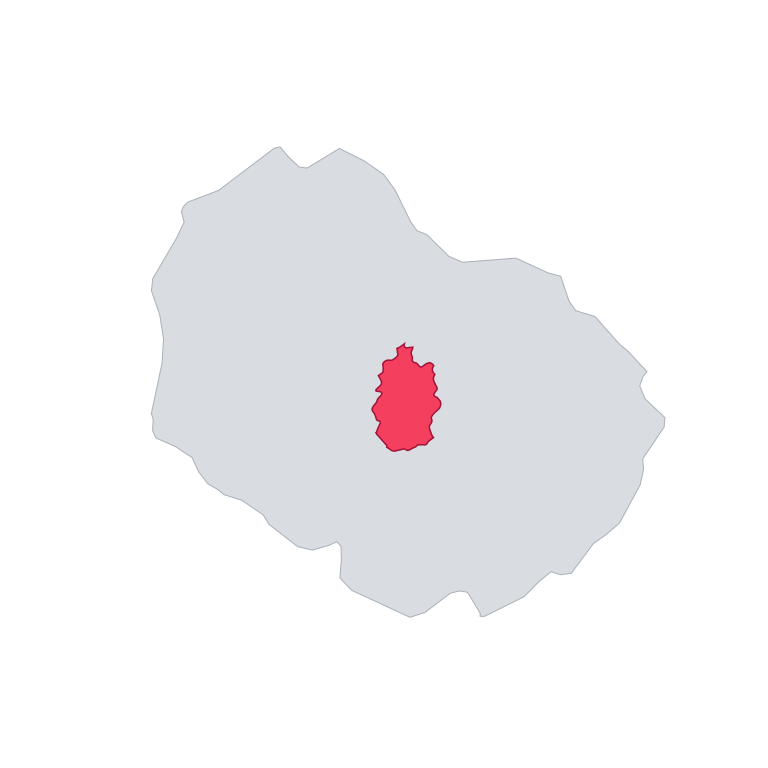 where Čaška sits in North Macedonia, rotated 230°
{"feature_id": "MKD-2922", "entity_name": "Čaška", "entity_type": "Statistical Region", "adm_level": 1, "iso_a3": "MKD", "parent_name": "North Macedonia", "parent_adm1": "", "projection": "orthographic", "projection_center": [21.614, 41.585], "detail": "fine", "context": "in_parent", "style": "filled", "palette": "rose", "viewbox_px": 768, "rotation_deg": 230, "n_neighbors": 0, "source": "natural_earth", "source_scale": "10m", "svg_char_len": 3029}
<svg xmlns="http://www.w3.org/2000/svg" viewBox="0 0 768 768"><g transform="rotate(230 384 384)"><path d="M350.3,205.8L361.8,207.3L386.7,200.1L402.1,190.3L410.0,188.8L420.5,185.0L435.6,185.5L450.9,189.7L470.3,183.9L489.3,174.6L497.0,176.8L505.4,184.6L510.8,186.7L542.9,227.7L560.5,244.3L581.2,256.7L604.8,265.7L613.3,274.5L628.9,318.3L636.4,334.9L646.4,339.7L648.9,344.4L649.4,350.8L638.6,381.9L635.2,451.3L632.4,456.8L620.6,456.7L604.9,458.4L598.9,463.8L593.1,501.2L567.9,512.1L544.9,518.4L525.5,517.2L491.3,508.7L480.2,507.8L470.7,512.9L440.3,515.7L426.9,522.3L395.6,566.0L363.8,581.0L352.9,588.6L328.5,579.0L316.9,578.0L300.0,589.0L262.9,590.0L252.9,591.9L224.4,593.4L223.3,587.4L218.1,578.6L204.8,574.4L177.6,577.6L171.1,571.1L160.3,534.0L151.7,528.0L142.1,515.4L126.1,475.0L125.9,457.4L127.2,442.0L118.6,405.8L124.3,396.8L132.8,391.2L133.1,376.6L131.0,354.6L141.5,311.4L144.2,308.3L146.8,310.4L170.8,314.1L177.1,308.7L181.1,300.2L182.7,268.5L188.6,253.9L246.8,226.6L263.9,225.6L276.9,238.5L287.2,246.7L293.5,246.5L295.7,238.3L302.8,222.4L314.7,213.4L350.0,205.7L350.3,205.8Z" fill="#d9dde1" stroke="#a8b0b8" stroke-width="1"/><path d="M311.1,387.5L311.2,386.7L311.4,383.3L311.4,380.6L310.6,378.4L310.8,376.6L311.4,375.7L312.6,374.6L314.5,372.3L315.8,369.9L315.5,367.9L316.5,364.5L317.2,360.7L318.2,359.1L320.5,358.2L322.0,356.7L323.2,354.0L324.4,351.7L325.7,349.0L327.9,347.2L331.9,346.1L333.8,345.4L335.0,346.6L337.9,346.5L341.6,346.4L346.0,346.3L350.4,346.2L352.0,346.6L351.8,347.3L353.1,349.1L354.9,352.7L356.3,355.9L357.4,356.7L358.6,356.7L359.5,356.1L360.2,355.4L361.3,355.4L362.5,355.7L364.0,356.5L365.8,357.2L368.3,357.7L370.6,357.8L372.8,358.9L374.0,362.0L374.8,366.6L376.5,369.3L377.0,371.6L377.0,373.2L377.3,374.8L378.4,376.5L379.5,376.6L380.6,376.1L381.2,375.6L382.5,374.4L383.1,373.7L384.1,373.4L384.9,374.5L385.0,376.3L385.1,379.2L385.4,381.6L387.3,383.6L392.0,384.8L394.0,385.0L394.0,385.5L393.8,388.4L393.7,390.4L395.0,392.3L397.5,394.2L400.0,395.8L400.8,397.5L400.8,400.2L399.9,402.2L398.5,403.7L397.1,405.4L396.7,407.9L396.6,410.9L397.3,413.3L399.5,414.6L401.9,416.2L403.0,416.7L402.3,419.0L402.0,420.7L401.7,424.3L401.7,425.4L401.5,425.1L400.5,424.0L398.1,423.6L396.8,424.9L395.6,427.1L393.8,429.3L393.8,429.6L392.7,428.8L391.7,426.7L390.9,425.1L389.0,424.0L387.0,423.2L385.4,422.4L384.6,421.0L383.5,420.6L382.0,420.6L380.4,421.4L379.4,422.2L377.2,422.5L375.9,422.5L374.0,422.6L373.4,423.1L372.7,424.2L372.6,426.5L372.4,429.6L370.9,432.9L369.8,433.4L367.8,434.0L365.9,433.8L365.5,432.3L364.4,430.6L362.8,429.5L361.3,429.2L359.4,429.1L358.6,429.1L358.3,428.0L357.0,425.9L355.0,424.3L352.6,423.6L349.5,422.8L347.6,422.4L346.2,421.7L345.5,420.6L345.1,418.6L344.5,416.5L344.0,415.3L342.6,414.9L341.2,415.0L340.0,416.0L338.7,416.1L336.7,416.1L334.7,416.1L332.6,415.0L331.1,413.4L329.8,410.9L329.5,408.2L329.5,404.3L329.0,401.1L328.0,398.5L325.7,397.6L324.6,396.7L323.6,394.8L323.0,392.4L321.3,390.5L317.9,389.2L315.6,388.3L312.9,387.5L311.1,387.5Z" fill="#f43f5e" stroke="#9f1239" stroke-width="1.5"/></g></svg>